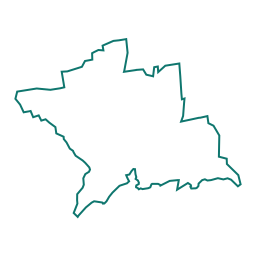 outline of New Haven, Connecticut, United States of America
{"feature_id": "52423323B55561087422078", "entity_name": "New Haven", "entity_type": "district", "adm_level": 2, "iso_a3": "USA", "parent_name": "United States of America", "parent_adm1": "Connecticut", "projection": "equal_earth", "projection_center": [-72.92, 41.407], "detail": "fine", "context": "isolated", "style": "outline", "palette": "teal", "viewbox_px": 256, "rotation_deg": 0, "n_neighbors": 0, "source": "geoboundaries", "source_scale": "gbopen_adm2", "svg_char_len": 1957}
<svg xmlns="http://www.w3.org/2000/svg" viewBox="0 0 256 256"><path d="M179.3,63.5L165.3,65.7L158.2,72.1L157.8,66.5L154.2,67.2L153.1,76.3L150.7,75.7L146.3,74.7L143.1,69.4L136.3,69.9L136.2,70.0L124.0,71.8L124.3,70.7L127.6,52.8L126.2,39.1L119.0,40.3L113.4,40.9L102.6,45.6L103.4,50.4L98.4,50.0L94.3,52.0L92.1,53.2L92.3,59.6L90.4,60.0L85.0,61.0L81.9,66.8L67.3,71.4L61.7,71.7L64.3,87.3L60.1,88.3L50.4,89.8L36.7,88.5L17.2,91.6L15.4,98.8L20.1,104.6L23.7,112.3L30.6,111.0L33.2,117.2L38.7,115.4L41.3,120.6L45.6,119.3L49.4,122.7L55.4,127.1L56.3,133.4L63.6,136.7L63.8,139.1L66.5,142.4L69.8,148.6L73.0,150.8L73.6,152.3L75.6,155.7L82.7,160.5L85.2,162.8L89.3,167.4L90.0,169.6L89.0,171.8L85.3,174.1L83.3,178.3L83.8,184.7L82.6,187.8L77.2,194.2L77.1,200.2L77.4,203.6L73.7,213.0L77.7,216.9L78.5,215.6L85.9,207.4L91.7,202.6L94.1,201.3L95.6,201.5L102.2,202.5L102.8,202.8L102.8,203.4L102.9,203.6L104.3,203.5L106.5,201.3L109.2,196.7L112.5,192.6L119.5,185.8L120.1,185.6L120.9,185.3L127.0,183.3L127.6,182.7L129.1,181.3L127.8,178.9L126.7,176.5L126.7,176.3L126.2,175.2L129.4,174.5L131.5,171.1L133.4,169.0L135.0,169.2L135.0,169.6L135.5,174.2L136.3,177.1L135.6,178.9L137.9,180.5L138.9,182.7L138.7,184.1L136.3,185.4L136.0,186.9L136.1,187.3L137.0,187.7L137.8,188.1L138.8,189.3L140.7,188.4L142.5,189.1L148.2,188.2L148.7,188.0L150.3,187.3L151.4,184.4L152.1,183.9L158.1,183.9L160.2,184.9L160.4,185.6L168.7,181.4L169.7,180.9L177.9,180.1L178.8,180.1L177.1,189.7L187.9,183.0L190.7,184.9L191.1,186.1L190.4,186.8L191.3,188.5L195.8,188.3L197.0,187.7L198.4,186.0L198.6,183.6L202.2,180.1L204.9,179.3L207.2,180.4L207.5,180.5L211.0,180.1L217.9,178.2L223.4,179.4L227.6,178.3L231.1,179.7L237.9,186.3L240.6,184.3L238.3,175.1L226.9,164.0L226.7,158.7L218.9,156.7L219.3,135.5L213.5,125.7L208.4,123.2L207.4,116.1L200.3,117.7L198.8,117.8L191.9,119.3L183.4,121.1L181.1,121.6L183.1,116.0L184.1,102.9L184.5,98.5L181.9,99.3L181.4,93.8L180.3,76.5L179.3,63.5Z" fill="none" stroke="#0f766e" stroke-width="2"/></svg>